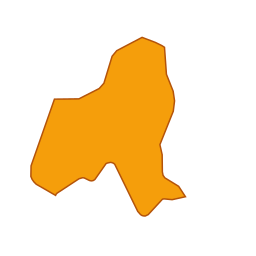 SVG path tracing the border of Hackney, rotated 292°
{"feature_id": "GBR-2765", "entity_name": "Hackney", "entity_type": "London Borough", "adm_level": 1, "iso_a3": "GBR", "parent_name": "United Kingdom", "parent_adm1": "", "projection": "natural_earth1", "projection_center": [-0.066, 51.545], "detail": "fine", "context": "isolated", "style": "filled", "palette": "amber", "viewbox_px": 256, "rotation_deg": 292, "n_neighbors": 0, "source": "natural_earth", "source_scale": "10m", "svg_char_len": 757}
<svg xmlns="http://www.w3.org/2000/svg" viewBox="0 0 256 256"><g transform="rotate(292 128 128)"><path d="M52.9,177.0L52.4,175.7L52.1,174.0L52.4,172.1L54.3,168.3L89.4,129.3L89.9,127.8L89.9,126.2L89.6,124.7L87.8,122.0L86.8,121.0L67.9,116.6L66.4,115.6L65.4,114.2L65.1,113.2L64.9,112.0L65.3,106.0L64.8,104.4L62.6,101.6L41.1,86.7L39.5,86.1L38.4,86.1L41.5,63.9L42.8,60.9L44.5,58.3L46.7,56.1L56.6,52.3L127.2,49.0L136.6,71.5L153.8,86.5L160.5,88.9L188.6,86.4L195.5,88.6L217.3,107.1L217.6,121.3L217.1,128.4L216.5,131.6L192.2,143.5L179.0,156.1L170.6,161.0L160.5,163.7L124.5,163.8L116.0,169.7L100.2,176.3L97.3,178.2L95.6,180.8L92.9,196.8L85.8,207.0L78.1,195.8L75.8,188.0L74.9,186.6L55.3,179.2L52.9,177.0Z" fill="#f59e0b" stroke="#b45309" stroke-width="1.5"/></g></svg>